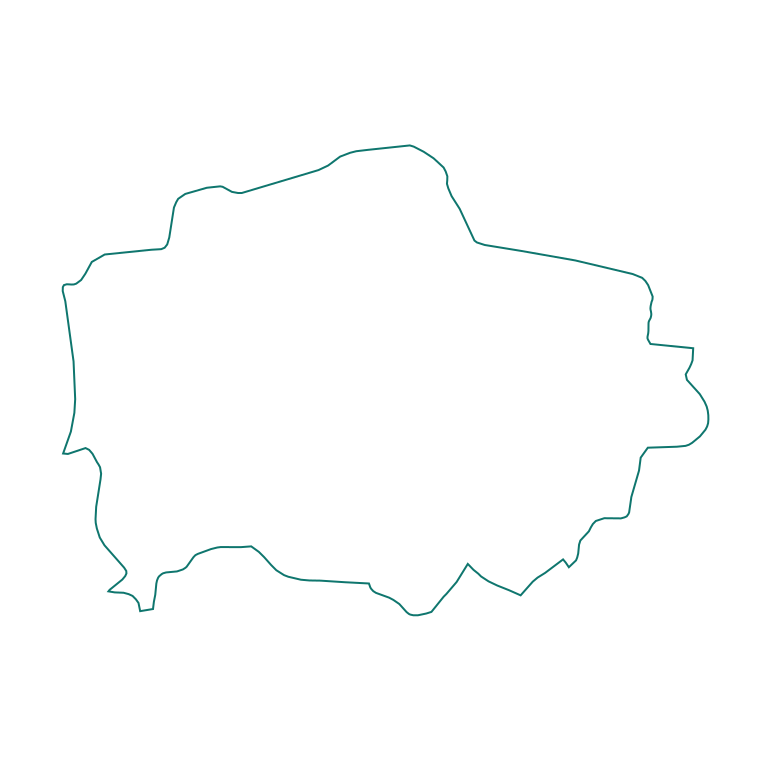 the Province of Dundgovi, rotated 183°
{"feature_id": "MNG-3325", "entity_name": "Dundgovi", "entity_type": "Province", "adm_level": 1, "iso_a3": "MNG", "parent_name": "Mongolia", "parent_adm1": "", "projection": "albers", "projection_center": [106.117, 45.486], "detail": "fine", "context": "isolated", "style": "outline", "palette": "teal", "viewbox_px": 768, "rotation_deg": 183, "n_neighbors": 0, "source": "natural_earth", "source_scale": "10m", "svg_char_len": 2750}
<svg xmlns="http://www.w3.org/2000/svg" viewBox="0 0 768 768"><g transform="rotate(183 384 384)"><path d="M508.1,214.9L518.3,213.6L538.6,212.6L541.9,212.0L548.1,210.1L561.0,204.6L563.4,203.2L565.2,201.1L571.5,191.2L572.6,190.1L575.1,188.3L580.9,186.0L591.8,184.4L594.7,183.4L596.1,182.5L598.5,180.2L599.4,178.8L600.4,175.9L600.9,172.8L601.4,161.5L602.4,154.5L602.9,147.2L615.6,144.4L617.7,152.5L620.5,156.0L624.0,159.2L628.0,160.8L633.2,161.9L642.0,161.8L648.3,162.5L647.2,164.1L635.1,175.0L632.4,178.6L631.3,181.3L631.6,183.8L633.9,187.0L654.7,208.3L659.8,215.8L663.2,224.7L664.6,230.2L665.0,233.9L665.0,246.3L662.1,274.0L661.8,279.6L663.2,286.0L664.8,288.6L666.5,290.9L671.4,299.0L675.0,302.8L678.7,304.4L696.0,297.6L700.8,297.8L694.2,320.1L691.7,339.0L691.6,352.7L695.2,390.3L706.6,450.0L709.7,460.0L709.8,463.9L708.8,466.0L706.0,467.0L701.0,467.0L698.9,467.2L696.6,468.1L691.9,472.0L688.0,478.5L682.2,490.6L669.7,498.7L623.3,505.9L613.5,507.0L610.2,508.6L607.8,512.0L606.1,519.1L603.0,549.2L601.0,554.7L599.2,558.2L592.4,563.4L571.2,570.7L558.0,572.8L555.5,572.5L545.9,567.9L539.8,567.1L536.0,567.3L460.6,594.2L451.3,599.2L439.7,608.8L430.0,613.1L423.9,615.0L412.2,617.0L370.7,623.6L366.7,622.6L356.5,618.0L346.3,612.0L335.8,603.3L333.5,599.4L331.6,594.7L331.5,590.8L331.6,587.2L330.0,582.7L326.3,575.1L317.6,562.9L301.2,532.0L298.6,530.2L290.7,528.1L253.3,524.0L199.4,517.4L141.3,506.8L131.7,503.5L128.4,500.6L125.4,496.6L120.3,485.4L120.3,483.5L120.4,482.1L121.1,480.0L121.8,475.7L121.9,473.5L121.7,472.1L121.2,470.4L120.8,468.4L120.7,467.2L120.8,466.0L121.0,464.9L121.2,463.9L122.4,461.3L122.8,460.3L123.0,459.2L123.0,458.0L122.7,450.9L122.8,448.5L123.3,445.1L123.3,444.0L123.2,443.2L122.5,441.8L120.0,437.9L77.1,435.9L77.1,423.8L78.3,419.9L79.8,416.2L83.2,409.4L81.7,404.0L68.1,390.4L63.0,383.1L60.6,378.4L59.3,374.3L58.5,369.8L58.2,365.5L58.3,361.8L59.1,358.5L60.6,355.2L65.7,348.3L73.2,341.4L76.3,339.3L79.6,338.0L88.2,336.7L117.2,334.2L123.8,323.9L124.8,310.9L131.1,284.0L131.3,281.4L132.5,268.5L133.2,266.8L134.7,264.5L136.8,263.4L140.4,262.2L157.0,261.5L165.3,258.3L168.1,255.1L169.9,251.7L171.7,247.6L179.7,238.0L180.8,233.8L181.2,224.9L182.0,220.8L183.0,217.9L189.8,210.7L193.2,215.2L196.0,218.2L213.2,203.8L220.5,198.7L225.1,194.4L236.5,180.1L248.3,184.6L260.4,188.7L269.3,192.4L277.0,196.9L279.9,199.5L284.9,203.1L290.9,208.7L301.1,190.1L310.7,177.6L313.3,174.7L324.7,158.9L329.8,157.0L338.1,154.8L342.7,154.6L345.7,155.1L347.1,155.7L349.5,157.4L357.2,165.1L363.4,168.9L367.7,170.9L381.1,175.0L383.9,176.6L386.1,178.8L387.0,180.1L388.6,184.0L412.8,184.0L437.2,184.3L448.3,183.9L456.7,184.2L469.5,186.5L473.8,187.9L481.8,192.4L487.2,197.3L494.6,204.8L500.2,209.8L508.1,214.9Z" fill="none" stroke="#0f766e" stroke-width="2"/></g></svg>